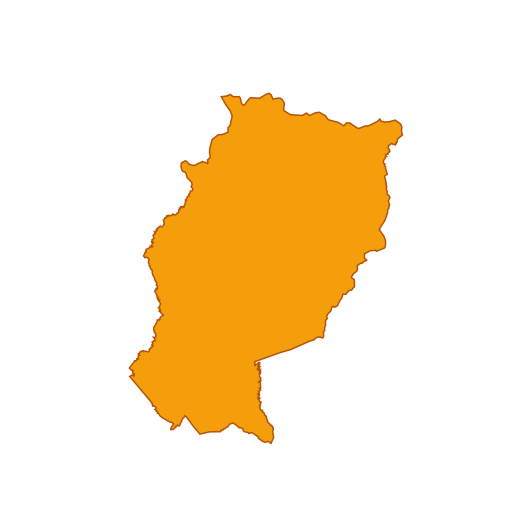 the district of Pa Phayom, Phatthalung, Thailand, rotated 125°
{"feature_id": "78962969B75084248147684", "entity_name": "Pa Phayom", "entity_type": "district", "adm_level": 2, "iso_a3": "THA", "parent_name": "Thailand", "parent_adm1": "Phatthalung", "projection": "orthographic", "projection_center": [99.888, 7.825], "detail": "fine", "context": "isolated", "style": "filled", "palette": "amber", "viewbox_px": 512, "rotation_deg": 125, "n_neighbors": 0, "source": "geoboundaries", "source_scale": "gbopen_adm2", "svg_char_len": 6118}
<svg xmlns="http://www.w3.org/2000/svg" viewBox="0 0 512 512"><g transform="rotate(125 256 256)"><path d="M72.9,205.4L70.4,208.4L66.9,210.4L65.4,212.3L64.9,214.0L64.9,220.0L69.6,223.9L72.3,227.1L73.9,231.2L72.7,233.1L76.0,233.7L83.8,237.9L85.0,238.7L87.1,241.4L92.6,244.9L93.1,246.6L93.3,255.6L95.1,258.3L98.2,258.5L99.1,259.3L99.5,265.7L102.7,274.3L102.6,276.2L101.3,279.3L101.9,286.4L104.4,289.4L110.2,292.7L110.0,296.6L114.4,298.8L120.5,308.9L120.9,315.4L120.6,316.8L119.7,317.7L115.2,319.9L114.0,321.4L112.9,324.4L112.8,326.6L113.5,327.9L117.7,332.2L115.3,336.1L115.1,338.4L116.8,339.9L124.9,343.8L129.4,351.2L131.0,351.8L139.1,352.2L139.7,353.7L139.4,355.1L135.6,359.6L135.1,361.2L138.6,366.0L138.3,369.5L141.9,371.9L145.4,375.8L149.2,367.8L152.1,359.9L155.1,355.7L164.0,352.1L167.1,352.5L170.4,349.9L175.2,352.7L178.6,356.6L185.8,358.7L194.3,355.6L198.2,353.2L200.3,350.8L201.5,350.1L205.4,350.8L206.5,349.2L208.1,348.7L208.1,351.2L209.0,352.0L209.2,354.0L212.7,355.8L213.5,356.8L215.2,357.1L216.8,358.2L218.4,360.5L219.1,363.5L218.3,367.5L218.7,368.6L222.6,370.4L226.0,368.6L228.2,365.8L228.6,363.8L228.1,362.3L228.3,360.9L231.5,357.1L232.5,351.1L234.3,349.2L236.5,348.9L237.2,346.4L238.6,345.7L239.3,345.7L240.5,347.0L242.5,346.1L244.1,346.4L245.0,345.2L246.5,346.3L248.9,345.6L250.5,346.0L251.0,345.6L250.8,344.9L251.9,345.1L253.8,343.9L256.5,343.6L257.2,343.0L258.5,343.9L257.7,344.3L258.6,345.9L259.7,345.7L260.7,346.1L260.9,345.1L261.4,345.0L262.4,345.7L265.0,344.2L265.8,345.2L267.1,345.0L269.2,346.2L269.3,348.2L271.6,348.5L272.7,350.8L274.3,350.8L274.5,351.3L273.7,351.7L274.1,352.2L276.4,351.7L277.1,352.5L279.1,352.1L279.6,352.5L282.4,349.5L284.5,349.3L285.8,349.7L286.5,351.7L287.4,351.5L288.8,352.6L289.4,352.3L291.5,353.0L292.0,352.6L291.8,351.7L293.7,352.1L294.1,351.8L294.3,353.1L295.7,351.3L296.7,352.1L298.4,352.0L299.9,349.7L302.3,350.5L303.5,349.7L304.2,349.8L304.5,349.3L303.5,348.4L303.7,347.7L305.8,348.0L307.7,347.5L307.6,346.1L308.3,346.4L308.8,348.2L309.4,347.6L313.6,349.7L314.8,349.4L315.5,348.4L316.7,349.0L317.6,348.5L320.4,348.2L321.1,346.0L319.7,344.7L319.8,341.9L323.0,340.4L324.1,338.4L325.4,337.6L325.3,336.9L326.8,335.3L327.4,332.6L329.4,331.3L331.0,329.2L332.2,326.5L333.8,324.9L335.1,321.6L337.0,320.9L337.0,319.7L339.1,318.2L340.1,318.0L339.9,319.1L341.5,318.6L342.4,318.9L343.2,318.3L344.1,315.9L346.4,313.4L345.9,312.2L347.5,312.3L347.2,310.1L348.3,310.8L349.5,307.2L352.2,306.0L354.4,306.2L354.2,305.5L354.8,304.4L356.8,303.6L356.8,303.2L355.3,303.3L357.1,301.4L357.5,298.0L360.9,299.2L363.9,298.3L363.9,299.4L365.3,300.1L366.6,299.3L373.0,298.7L375.7,297.1L376.4,295.1L377.1,295.1L377.2,293.5L379.8,291.6L380.8,292.2L381.3,293.4L382.2,290.9L383.5,289.9L384.1,291.1L386.2,291.7L386.6,290.5L388.8,290.3L388.2,289.2L389.7,288.7L391.0,289.7L391.6,289.1L393.6,290.0L394.7,288.8L396.5,289.4L397.3,292.0L398.8,293.2L398.1,293.9L400.6,295.9L402.7,295.6L403.3,296.3L404.4,295.8L404.2,294.4L405.2,295.0L406.0,294.9L407.7,293.3L408.4,294.7L409.1,294.1L411.0,294.2L411.4,295.5L413.2,295.1L420.4,295.5L421.0,292.3L420.2,291.2L422.6,290.1L422.4,288.0L423.5,287.3L424.4,287.3L424.0,288.9L427.1,290.4L436.2,256.4L436.8,256.4L437.0,255.5L438.2,254.6L437.3,253.6L437.4,251.1L438.4,250.4L439.7,250.8L439.7,249.0L440.4,248.5L440.0,247.7L440.3,246.9L441.2,246.7L440.8,245.7L442.0,242.9L442.2,239.7L441.3,230.4L440.5,229.9L440.8,227.2L445.9,227.0L447.1,226.2L445.5,224.2L442.9,223.7L441.6,224.0L441.3,223.3L439.6,223.4L439.3,221.3L431.2,222.8L429.0,222.4L427.6,222.6L427.8,220.5L431.4,209.7L434.1,199.8L426.9,193.4L420.4,184.5L419.5,184.2L419.0,184.7L418.5,184.6L417.5,183.3L416.4,183.3L415.4,182.4L413.5,182.1L412.0,181.1L409.0,181.2L406.0,179.0L405.8,173.9L406.4,171.9L406.3,171.1L405.6,170.9L405.1,167.4L406.0,166.8L406.7,165.1L405.2,161.4L405.5,160.0L403.8,158.9L402.9,157.5L402.9,150.0L404.0,149.4L404.0,144.2L403.4,141.7L400.8,139.6L400.9,136.2L394.5,137.5L390.0,141.8L388.1,142.3L387.0,143.4L387.1,144.1L386.2,144.5L385.9,146.8L386.4,147.1L385.7,148.3L385.1,151.8L384.1,152.2L382.6,154.7L381.4,155.6L381.5,157.4L379.9,159.2L380.2,161.3L379.4,161.2L378.7,162.2L379.5,163.7L379.1,164.9L378.1,165.5L377.3,166.8L376.1,166.5L375.7,167.4L374.5,167.4L373.8,168.2L373.0,167.9L372.8,170.2L372.1,170.7L372.0,171.9L370.6,171.4L371.3,172.7L371.0,173.4L369.8,172.6L369.3,173.5L367.8,173.5L367.0,174.3L368.0,175.1L365.8,175.3L365.3,176.2L363.4,175.3L362.5,177.3L361.6,176.4L357.2,179.9L357.2,180.7L357.8,181.4L355.8,181.4L355.8,180.6L355.4,180.4L354.3,181.8L353.3,182.0L353.1,183.4L350.7,185.5L349.7,184.9L348.5,185.7L349.4,185.8L349.5,186.4L347.1,187.1L347.9,187.4L348.2,189.9L347.7,190.1L346.4,188.5L345.9,188.7L346.2,190.0L344.5,189.4L345.2,191.0L344.3,191.2L343.9,190.5L343.0,191.5L342.5,190.9L341.3,191.7L341.8,192.9L343.6,192.9L345.1,194.0L346.1,193.8L346.1,194.4L345.4,194.5L343.4,196.5L321.1,180.7L312.6,173.8L294.9,163.2L291.1,160.3L289.2,160.1L287.3,159.2L285.9,157.5L284.9,154.3L282.7,154.7L279.6,157.1L277.7,157.0L275.5,158.7L273.2,159.1L268.8,162.1L266.4,161.7L265.1,163.4L262.6,164.0L258.2,163.2L253.8,164.7L253.1,163.9L253.0,162.4L251.1,161.2L249.5,160.9L243.3,161.9L241.9,161.5L237.3,162.9L235.7,160.4L231.8,160.2L230.2,159.5L229.2,158.1L225.8,158.1L224.8,157.6L218.8,162.0L219.1,164.8L218.3,165.8L214.6,166.0L210.8,164.8L208.3,165.3L206.4,167.4L205.2,167.4L202.3,166.3L200.9,164.8L198.2,164.4L196.2,162.8L195.7,163.4L195.6,165.8L192.1,168.4L186.2,165.5L182.8,161.3L183.0,160.0L175.5,155.2L172.4,156.3L168.8,159.1L166.3,162.9L163.7,170.3L152.6,170.9L145.2,173.0L143.1,174.4L140.1,174.8L139.1,175.8L137.6,175.7L135.2,179.1L131.2,179.9L130.1,182.1L130.4,183.1L129.4,184.8L128.1,185.2L126.2,187.9L123.8,189.0L123.1,190.5L122.0,190.6L121.5,191.9L120.7,192.1L117.2,196.2L116.3,196.4L113.8,195.4L109.6,200.5L108.6,201.0L108.3,202.7L106.7,203.2L106.8,204.8L105.8,205.7L104.2,206.3L102.0,206.2L100.7,206.9L99.5,206.2L99.5,207.0L98.7,207.9L97.6,207.5L97.1,206.4L96.4,206.9L93.8,206.3L93.8,207.1L92.3,207.4L91.9,209.5L89.5,210.7L85.8,209.3L86.0,207.6L84.9,206.5L85.1,205.6L83.2,205.7L83.0,206.2L81.7,205.8L78.9,207.3L72.9,205.4Z" fill="#f59e0b" stroke="#b45309" stroke-width="1.5"/></g></svg>